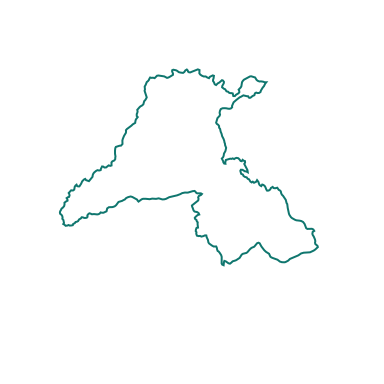 the district of Buenópolis, Minas Gerais, Brazil, rotated 235°
{"feature_id": "56859067B56539099498918", "entity_name": "Buenópolis", "entity_type": "district", "adm_level": 2, "iso_a3": "BRA", "parent_name": "Brazil", "parent_adm1": "Minas Gerais", "projection": "robinson", "projection_center": [-44.044, -17.849], "detail": "fine", "context": "isolated", "style": "outline", "palette": "teal", "viewbox_px": 384, "rotation_deg": 235, "n_neighbors": 0, "source": "geoboundaries", "source_scale": "gbopen_adm2", "svg_char_len": 6079}
<svg xmlns="http://www.w3.org/2000/svg" viewBox="0 0 384 384"><g transform="rotate(235 192 192)"><path d="M239.3,315.8L240.2,314.5L241.6,313.5L243.0,312.0L243.9,310.6L245.4,309.6L246.8,309.2L249.6,309.4L252.8,306.9L253.4,305.8L254.2,298.9L253.8,297.2L253.2,295.9L250.3,293.1L249.7,291.9L249.1,288.9L247.8,288.7L246.6,288.0L246.2,286.8L246.4,283.8L246.0,282.1L246.9,280.9L249.4,281.9L250.4,281.0L251.1,280.0L252.0,279.3L253.4,279.1L254.7,278.0L257.1,278.1L258.2,277.4L260.5,276.7L261.5,277.6L262.8,280.3L263.8,281.3L265.5,281.3L266.4,280.7L266.0,277.2L266.2,275.4L265.8,273.1L267.2,272.4L269.3,272.9L270.9,272.9L271.9,273.7L272.7,274.8L274.6,276.6L275.6,275.9L276.1,272.7L275.5,271.2L277.0,270.2L278.8,269.5L280.0,267.8L281.6,266.8L283.5,266.1L285.0,266.1L287.6,268.1L289.1,267.1L291.0,259.1L291.8,258.2L292.9,257.8L294.0,258.2L295.3,258.0L295.4,256.3L294.7,254.5L294.7,253.0L296.3,251.2L297.8,249.9L299.6,249.4L300.9,248.7L302.9,246.8L303.1,245.6L302.2,244.9L299.8,244.3L298.9,243.6L299.1,240.0L299.3,238.4L299.8,237.0L302.6,235.6L306.7,231.3L307.3,230.0L306.7,226.7L308.0,225.6L308.7,224.3L309.8,223.4L309.2,222.0L308.5,220.9L308.1,219.5L308.0,218.0L306.4,215.6L305.5,213.7L303.0,212.3L302.1,211.2L295.5,209.2L294.8,208.0L294.1,206.4L293.8,204.9L291.7,202.4L291.5,200.5L291.7,199.1L291.6,197.9L290.7,194.3L289.3,193.7L288.3,192.7L287.5,191.4L285.9,190.3L284.5,190.5L283.6,187.6L282.5,186.3L281.2,185.1L281.4,182.2L281.1,180.5L280.9,174.7L280.5,173.3L279.4,172.7L278.4,171.8L277.0,168.6L275.2,165.8L274.1,164.5L271.2,162.6L270.7,160.5L271.5,159.1L272.6,155.5L272.0,154.4L270.1,152.7L267.5,150.9L265.0,149.7L264.1,148.8L263.0,148.0L262.4,146.5L262.8,144.4L262.4,143.0L259.9,141.3L260.3,140.0L261.6,139.0L261.4,135.7L262.3,134.3L263.7,133.9L264.5,133.0L263.3,130.8L262.3,129.7L262.9,128.2L264.1,127.1L264.3,125.6L264.1,123.1L263.7,121.8L262.8,120.4L261.5,119.2L260.0,113.8L262.5,112.0L264.0,112.0L264.2,110.6L263.7,108.1L262.4,106.0L261.2,103.0L261.9,101.9L262.8,101.3L264.2,101.6L264.1,100.3L263.6,99.0L261.5,96.9L261.5,95.3L262.7,94.0L261.9,90.4L260.7,90.3L259.5,89.8L258.5,88.5L258.9,87.3L258.9,85.8L257.4,85.7L256.3,85.1L256.5,83.2L256.4,81.4L255.0,80.5L253.8,79.2L253.3,77.4L253.2,75.6L252.5,74.5L251.9,73.1L251.2,72.2L249.9,71.5L248.2,72.0L246.6,71.9L245.3,71.3L244.4,70.4L242.9,70.6L240.1,69.4L239.6,68.2L238.3,68.8L236.8,69.1L236.0,70.7L235.7,72.0L234.7,72.5L233.9,73.7L233.2,75.3L234.0,76.4L233.7,78.0L234.2,79.4L233.7,80.6L233.5,82.0L234.3,83.7L234.1,85.9L234.6,87.1L233.9,88.0L232.9,88.6L232.1,89.4L231.3,91.0L231.6,92.2L232.9,92.9L233.4,94.5L233.4,95.7L232.5,96.5L231.2,97.2L230.1,99.1L228.0,101.5L227.4,102.8L227.3,104.2L227.7,105.4L226.6,106.4L225.8,107.6L225.2,110.9L227.2,113.1L227.2,115.2L225.2,118.3L224.6,120.4L224.7,122.2L226.0,126.1L224.8,129.7L224.7,131.1L224.4,132.6L224.8,134.6L224.5,136.5L224.1,137.7L223.5,139.2L222.1,140.3L217.2,142.7L216.1,142.5L214.8,142.7L214.9,146.6L214.5,148.0L212.8,150.4L210.4,153.2L209.4,155.6L207.0,158.6L205.9,161.1L203.0,163.4L202.0,164.9L201.3,166.7L200.8,170.4L197.8,177.9L197.0,181.1L196.7,183.4L195.6,185.9L193.9,188.2L192.3,193.0L191.4,194.7L190.2,195.0L189.0,195.0L187.9,195.5L185.8,198.5L184.7,199.0L184.4,197.8L184.8,195.3L184.1,194.0L182.6,193.4L181.5,192.2L181.0,184.2L179.9,183.7L178.8,183.5L175.9,182.7L174.5,182.9L172.6,184.7L171.0,185.3L169.4,185.0L169.9,183.4L169.6,180.6L169.2,179.4L168.2,179.1L166.5,179.6L165.1,179.1L163.9,179.3L162.6,178.2L159.4,176.5L160.0,175.2L159.1,173.8L157.8,172.6L156.5,172.6L155.3,171.5L153.4,171.0L152.1,172.1L151.4,173.4L150.1,174.1L149.4,175.9L149.0,177.8L148.2,178.8L146.6,178.1L143.7,177.6L141.2,176.5L139.9,176.5L136.5,177.7L134.9,178.5L133.5,180.6L132.0,180.3L130.5,179.6L129.0,179.2L128.0,179.7L126.4,179.8L123.6,179.7L121.8,179.1L116.5,175.3L115.2,175.1L113.9,175.9L116.3,178.0L117.0,179.0L115.8,179.9L112.7,181.0L111.5,182.0L111.6,183.8L111.9,185.5L110.9,188.6L110.8,190.0L110.7,193.2L112.2,196.8L112.2,198.2L110.9,201.6L110.9,202.8L111.9,206.7L112.1,208.7L111.5,211.6L112.7,216.0L112.3,217.4L111.2,218.0L107.5,217.6L102.9,217.8L100.5,218.3L97.2,219.7L94.1,219.1L92.9,219.5L91.6,220.3L87.5,223.2L84.6,224.1L82.9,225.4L81.2,227.7L80.9,228.9L80.6,231.4L81.0,233.8L79.1,242.8L79.1,246.1L78.2,248.7L74.9,254.1L74.2,258.1L74.2,260.0L74.7,263.5L76.0,263.9L78.6,263.2L79.9,263.7L81.0,264.8L82.5,265.5L85.8,266.2L87.3,266.2L88.7,266.6L90.1,268.0L90.0,269.8L91.7,269.9L93.1,269.1L95.6,265.3L96.9,264.8L101.3,265.9L103.7,265.8L105.5,264.9L106.8,263.7L109.0,261.2L110.4,260.3L113.4,258.9L114.7,258.6L117.5,258.7L118.7,259.0L124.1,261.3L127.5,263.1L128.6,263.1L131.8,264.3L136.7,264.4L138.2,264.1L139.7,264.3L141.6,265.1L142.9,264.9L144.0,264.3L146.6,264.3L147.4,262.2L148.5,261.1L149.9,261.0L150.0,258.9L149.2,257.4L149.2,255.7L150.0,254.3L151.4,254.3L153.8,254.9L155.4,255.0L156.9,254.5L157.8,253.8L157.1,252.1L158.7,251.4L160.0,251.5L162.3,252.2L164.4,252.1L163.6,250.4L164.0,248.1L165.6,247.7L165.6,246.4L167.1,245.8L169.7,246.0L170.9,245.2L172.6,245.2L174.0,244.0L175.6,243.4L177.1,243.7L178.7,242.7L181.6,243.7L182.2,244.8L181.2,246.1L178.6,247.2L177.8,248.2L176.2,249.0L178.2,250.0L185.0,250.9L185.6,252.3L186.9,253.1L188.1,252.2L189.3,251.9L188.7,250.4L189.6,249.6L191.3,249.6L193.1,249.3L194.4,248.1L194.8,246.9L194.8,245.4L196.2,244.6L196.5,243.3L197.4,242.4L198.8,238.1L197.0,236.1L196.0,235.6L196.8,234.7L198.3,234.7L199.3,235.2L202.3,235.6L202.6,237.3L203.2,238.3L204.0,239.2L205.1,240.2L206.4,242.9L208.6,245.3L211.4,246.0L212.6,246.7L214.1,247.1L215.3,247.7L217.4,248.3L220.4,248.7L222.7,249.6L225.0,250.1L227.6,251.2L229.1,251.1L230.5,252.0L232.1,252.0L233.6,251.4L234.9,251.5L237.9,255.2L238.6,258.4L239.4,259.4L241.0,260.0L242.4,261.4L243.4,263.1L243.1,265.0L242.2,266.4L241.1,267.9L239.3,269.6L238.5,270.7L238.1,272.1L238.4,273.5L239.5,274.1L241.6,277.5L242.0,281.3L242.2,285.4L241.9,286.9L241.7,289.5L239.2,291.7L238.2,292.9L236.8,292.7L235.9,293.4L235.7,294.7L235.9,296.6L235.5,298.6L236.7,300.1L236.6,301.6L235.5,302.4L234.7,303.6L234.6,305.4L235.6,306.7L237.0,309.9L237.4,311.6L238.8,314.1L239.3,315.8Z" fill="none" stroke="#0f766e" stroke-width="2"/></g></svg>